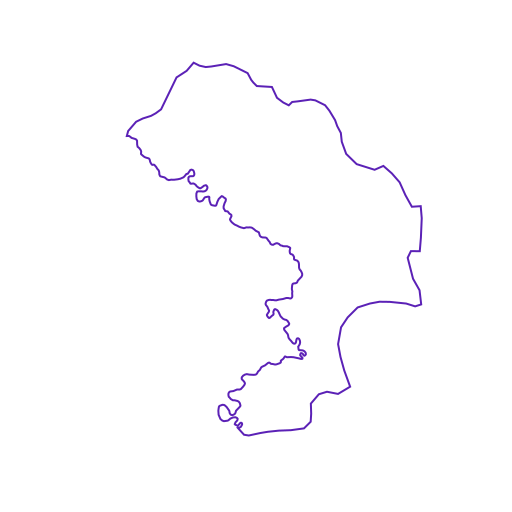 outline of Hoeryong City, Hamgyŏng-bukto, North Korea, rotated 296°
{"feature_id": "82179303B62276356715792", "entity_name": "Hoeryong City", "entity_type": "district", "adm_level": 2, "iso_a3": "PRK", "parent_name": "North Korea", "parent_adm1": "Hamgyŏng-bukto", "projection": "natural_earth1", "projection_center": [129.627, 42.513], "detail": "fine", "context": "isolated", "style": "outline", "palette": "violet", "viewbox_px": 512, "rotation_deg": 296, "n_neighbors": 0, "source": "geoboundaries", "source_scale": "gbopen_adm2", "svg_char_len": 6130}
<svg xmlns="http://www.w3.org/2000/svg" viewBox="0 0 512 512"><g transform="rotate(296 256 256)"><path d="M376.2,363.6L385.2,352.8L389.8,341.9L392.8,331.0L385.5,324.8L382.7,306.2L387.3,292.3L396.3,283.0L403.8,278.3L408.3,272.1L412.8,267.5L418.8,258.2L421.8,252.0L421.9,241.1L420.5,236.5L413.2,225.6L410.3,221.0L405.8,219.4L405.9,213.2L407.4,205.5L414.9,196.2L409.1,182.2L410.7,177.6L412.2,174.5L416.7,168.3L416.8,152.8L415.4,145.0L406.7,132.7L403.8,128.0L402.3,121.8L402.4,115.2L392.0,112.5L381.7,106.3L346.2,106.4L340.3,103.3L335.9,100.2L330.0,94.0L324.1,89.4L312.3,86.3L307.2,87.3L308.0,88.8L308.2,89.4L308.0,91.0L307.6,92.3L308.2,95.9L308.2,97.2L308.0,97.7L307.4,98.6L304.1,100.3L302.3,101.7L301.8,103.7L300.8,105.7L300.2,106.4L299.4,107.1L297.7,107.7L297.1,108.2L296.3,111.3L296.1,112.5L296.2,114.0L296.7,116.8L296.5,117.5L295.8,118.4L294.5,119.4L293.7,120.3L292.5,122.2L292.5,122.9L293.3,124.1L293.3,124.8L292.3,127.2L291.0,129.2L290.7,130.1L290.2,131.1L289.0,132.2L286.9,133.4L285.9,134.6L285.7,135.2L286.5,139.1L286.5,139.9L285.8,142.6L286.0,144.4L287.4,146.3L288.6,148.9L290.7,152.1L292.3,154.1L294.9,156.3L296.2,156.8L299.2,157.5L300.0,158.6L304.6,159.3L305.4,160.3L305.5,161.6L305.4,162.1L304.9,162.9L303.3,164.3L302.0,164.9L301.0,164.9L300.2,164.5L299.4,162.9L298.7,161.7L297.7,161.0L296.8,160.9L294.9,161.8L293.7,162.7L293.0,164.4L292.4,165.1L292.4,165.8L293.7,167.8L293.8,168.9L293.5,170.6L292.8,171.9L292.4,173.4L292.2,175.4L292.3,176.1L292.8,176.6L294.7,177.7L296.2,178.3L297.6,179.8L297.7,180.3L297.5,180.9L296.6,182.2L295.4,182.6L293.9,182.6L292.9,182.3L291.7,181.5L290.7,180.1L290.2,178.6L288.8,175.7L288.1,174.9L286.1,175.0L283.5,176.2L281.2,177.7L280.0,179.5L280.0,180.4L280.2,181.4L280.6,182.0L281.3,182.8L282.3,183.6L283.0,183.8L285.5,184.1L286.5,184.5L288.1,186.6L288.6,187.5L288.6,188.0L288.2,188.4L287.1,188.8L286.1,189.4L284.8,190.4L282.7,192.6L282.4,193.2L282.4,194.3L283.1,196.9L283.4,197.5L283.8,197.9L284.3,198.0L288.0,197.5L290.9,197.5L294.3,198.7L294.8,199.0L294.9,200.0L294.5,201.6L294.3,203.4L293.7,204.1L292.2,204.6L289.6,204.6L286.5,205.1L285.6,205.5L284.6,206.1L283.5,207.9L283.0,208.4L283.0,209.1L283.5,210.4L283.6,211.1L282.4,213.6L282.3,215.1L282.0,215.9L281.0,216.5L277.9,216.5L277.3,216.7L276.5,217.8L275.7,219.5L275.1,221.9L274.9,223.2L275.0,226.0L274.9,227.8L275.1,230.0L275.7,232.9L276.1,233.4L277.5,234.8L278.3,236.7L278.9,237.6L279.5,239.2L279.6,240.2L279.2,242.5L278.6,244.7L278.5,248.2L276.2,250.3L275.7,251.0L275.4,252.0L275.5,253.5L276.8,256.6L276.8,257.7L275.2,260.6L274.6,262.1L273.3,263.7L273.1,265.0L273.5,266.4L275.7,268.0L276.5,268.9L276.8,269.6L276.9,271.4L276.4,273.0L276.4,273.9L276.7,274.8L276.7,276.1L278.4,279.8L278.5,282.1L278.3,283.1L278.1,283.3L275.4,284.0L274.2,284.7L273.3,285.5L273.0,286.5L273.2,287.5L273.2,288.3L272.8,289.3L271.7,290.7L270.1,291.4L269.6,291.9L269.6,292.7L269.9,295.1L269.3,296.6L268.7,297.3L267.5,298.2L264.4,299.8L263.5,300.6L262.9,301.4L262.6,302.4L261.4,304.1L260.4,305.2L259.1,305.9L257.4,306.0L252.2,304.4L250.2,304.5L248.9,303.6L248.0,302.1L247.2,301.3L246.8,301.2L245.7,301.3L242.7,302.4L241.6,303.0L240.1,304.2L238.6,304.7L235.9,306.2L234.9,306.5L234.2,306.4L233.4,306.1L232.8,305.4L232.4,303.5L231.5,301.6L229.1,299.0L226.9,295.8L225.0,293.6L224.4,292.2L224.0,290.7L223.2,289.2L222.8,287.8L221.9,286.5L220.7,285.4L219.8,285.2L218.7,285.2L217.1,285.6L216.3,286.4L215.3,288.5L213.4,290.7L212.7,291.7L211.6,292.0L208.6,291.6L207.8,291.6L207.3,292.0L206.6,293.0L206.0,294.5L206.0,295.0L206.5,295.5L209.2,296.5L210.7,297.3L211.7,297.2L213.1,296.2L213.8,296.0L215.7,295.9L216.1,296.0L216.6,296.4L216.7,297.3L216.6,298.8L216.3,299.7L215.3,301.2L213.6,303.2L212.4,304.8L212.2,305.7L211.5,307.4L211.4,309.4L211.8,311.2L211.5,312.8L210.1,315.1L209.6,315.6L208.9,315.7L207.7,315.4L205.7,314.0L203.6,312.9L202.8,313.1L201.9,314.0L199.8,318.5L198.9,319.5L197.5,320.5L196.7,321.2L195.8,322.8L195.1,324.7L194.0,327.0L193.8,328.0L194.0,328.9L194.5,329.5L195.6,329.8L198.7,329.0L199.7,329.0L200.2,329.4L200.5,330.1L200.4,331.0L200.0,331.6L198.9,332.8L197.5,333.6L195.7,334.0L193.0,333.7L190.6,335.3L190.3,336.0L191.5,339.0L191.7,339.9L191.6,341.3L190.9,342.9L190.2,343.5L189.5,343.9L188.4,343.8L187.6,343.2L187.6,342.3L188.6,340.9L188.7,340.3L188.6,339.4L188.2,338.9L187.0,338.9L186.1,339.3L184.8,342.4L184.1,342.7L183.6,342.4L183.2,341.6L182.8,339.4L181.5,334.2L180.5,331.7L178.6,328.2L178.5,326.3L178.3,326.0L175.6,325.6L173.0,324.3L172.5,324.3L171.8,324.8L171.1,324.9L170.0,324.3L167.6,321.9L166.8,320.7L166.3,318.5L165.7,316.9L165.7,316.3L166.0,315.3L166.0,314.7L165.7,314.2L165.0,313.6L161.7,312.1L159.1,310.0L158.1,309.5L155.3,309.4L153.1,308.5L150.9,308.4L149.8,308.1L149.1,307.5L148.2,306.1L146.5,302.1L145.8,299.5L144.5,298.0L142.8,296.9L140.7,296.4L139.3,297.0L138.8,297.8L138.4,299.1L137.8,300.5L137.0,301.6L136.4,302.0L135.2,302.1L133.0,301.7L129.7,300.7L129.2,300.2L128.8,299.8L127.7,297.5L124.7,294.9L122.9,292.2L121.9,291.6L120.6,291.5L119.8,291.7L118.4,292.5L117.5,293.3L117.2,294.3L116.4,296.0L116.2,298.4L117.0,300.2L117.4,302.2L117.6,302.9L117.5,304.3L117.0,305.4L116.5,306.1L114.9,307.5L114.3,307.7L113.2,307.5L108.2,305.9L105.9,306.3L104.9,306.2L103.5,305.4L102.5,304.3L102.3,303.1L102.9,301.7L103.5,301.0L104.9,300.1L105.4,299.4L107.4,295.8L108.1,293.4L108.1,292.5L107.5,291.0L105.7,289.3L104.9,288.8L104.1,288.8L102.1,289.4L100.4,290.0L96.9,292.0L93.9,295.5L93.3,297.9L93.5,299.6L95.5,302.6L96.2,303.2L98.6,304.2L100.7,306.0L101.5,307.2L102.1,308.4L102.1,309.8L101.7,310.8L100.7,311.2L99.8,311.2L97.6,310.5L95.6,310.6L95.3,311.3L95.4,312.8L95.2,314.0L99.1,315.1L99.6,315.6L99.6,316.5L99.3,316.9L98.4,317.4L95.9,317.3L94.9,316.7L93.5,315.1L90.1,323.6L91.5,328.2L98.8,337.5L103.2,343.7L109.0,353.0L114.8,363.8L122.1,374.7L131.0,377.8L138.5,374.7L147.4,370.0L159.3,373.1L165.1,379.3L168.0,390.2L179.8,397.9L191.8,385.5L202.3,376.2L212.8,368.4L229.2,363.7L241.0,365.3L254.3,369.9L263.2,379.2L269.0,387.0L273.4,396.3L279.1,411.8L280.5,421.1L284.9,425.7L296.9,418.0L304.4,407.1L320.9,393.1L328.3,393.1L332.1,401.1L344.7,396.2L362.6,388.4L373.0,382.2L368.6,374.5L376.2,363.6Z" fill="none" stroke="#5b21b6" stroke-width="2"/></g></svg>